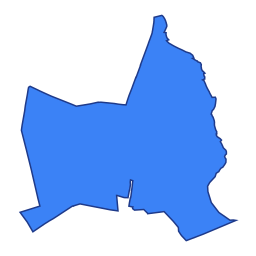 outline of Valdemārpils, Talsi, Latvia
{"feature_id": "27541924B46742916089705", "entity_name": "Valdemārpils", "entity_type": "district", "adm_level": 2, "iso_a3": "LVA", "parent_name": "Latvia", "parent_adm1": "Talsi", "projection": "equal_earth", "projection_center": [22.597, 57.372], "detail": "fine", "context": "isolated", "style": "filled", "palette": "blue", "viewbox_px": 256, "rotation_deg": 0, "n_neighbors": 0, "source": "geoboundaries", "source_scale": "gbopen_adm2", "svg_char_len": 4214}
<svg xmlns="http://www.w3.org/2000/svg" viewBox="0 0 256 256"><path d="M129.5,202.3L128.9,206.2L132.8,207.0L132.5,207.4L132.7,208.7L134.5,210.1L143.8,209.5L147.6,213.3L147.7,213.7L164.1,211.6L173.2,221.2L178.0,227.0L178.4,227.7L178.6,231.2L180.8,234.6L181.7,235.8L186.2,240.6L186.4,240.6L186.7,240.5L187.1,240.3L203.1,234.2L235.9,220.4L233.3,220.0L230.0,220.2L218.9,212.5L211.3,202.6L207.9,191.6L207.6,186.2L209.7,182.5L215.1,176.7L216.2,173.3L217.2,172.6L218.8,171.6L219.8,169.7L221.1,168.1L222.8,167.2L224.9,164.2L225.9,162.4L226.0,159.1L225.0,157.7L224.6,156.5L225.4,154.8L226.4,154.0L226.4,151.8L225.9,150.3L223.9,148.4L223.2,147.6L222.9,146.7L221.5,143.6L220.3,141.7L221.5,140.1L221.3,139.9L220.2,138.7L217.1,136.6L216.3,135.0L216.3,134.0L216.8,133.8L216.4,133.2L216.7,132.8L216.7,131.5L216.0,130.5L215.5,129.1L214.8,126.7L214.5,125.6L214.4,123.7L214.5,122.6L214.3,120.9L213.9,119.6L213.0,117.0L212.5,116.5L212.3,116.0L212.0,115.4L211.7,114.5L211.2,114.2L211.3,113.6L212.0,111.4L212.2,110.6L213.5,109.4L215.0,106.4L215.3,104.6L215.5,103.6L215.9,100.0L216.0,99.3L215.9,98.5L215.3,97.2L212.1,97.4L209.7,93.0L209.2,91.7L208.3,90.2L207.5,88.7L206.7,87.1L206.0,85.5L205.4,83.8L204.6,82.1L203.9,80.5L202.7,79.9L204.8,78.9L204.6,78.5L204.5,78.4L204.6,78.1L204.7,77.6L204.8,77.4L204.8,77.1L204.8,76.9L204.7,76.8L204.6,76.7L204.4,76.5L204.3,76.4L204.2,76.3L204.2,76.2L204.1,75.9L204.0,75.6L204.0,75.4L203.9,75.3L203.9,75.2L203.8,74.8L203.8,74.7L203.8,74.4L203.7,74.2L203.7,73.9L203.7,73.7L203.7,73.4L204.2,73.3L204.3,73.3L204.6,73.3L204.9,73.2L203.5,71.7L203.2,71.3L202.6,71.2L201.5,69.1L201.3,68.8L201.5,68.3L201.1,66.6L201.3,64.6L200.4,62.8L198.6,62.1L198.0,62.0L197.8,61.6L197.4,61.1L197.2,60.9L196.9,61.0L194.7,59.7L192.6,58.4L193.9,58.1L192.7,55.3L190.1,53.2L185.9,51.9L182.2,50.0L178.6,48.4L175.0,46.6L173.5,45.8L172.1,45.0L170.6,44.1L169.1,43.3L168.4,42.6L167.7,42.0L167.1,41.4L166.5,40.7L168.7,39.8L168.6,39.7L168.3,39.3L167.9,39.0L167.6,38.6L167.3,38.2L167.0,37.9L166.8,37.5L166.7,37.1L166.5,36.7L166.4,36.2L166.3,35.8L166.2,35.4L166.1,35.0L166.0,34.6L166.0,34.2L166.0,33.8L166.0,33.4L166.1,32.9L166.1,32.7L164.1,32.4L165.6,29.2L166.8,26.4L166.8,26.0L166.8,25.6L166.8,25.1L166.7,24.8L166.7,24.6L166.6,24.4L166.4,23.6L166.3,23.2L166.2,22.8L166.1,22.4L165.9,22.0L165.8,21.6L165.7,21.2L165.6,20.9L165.4,20.5L165.2,20.1L165.1,19.7L164.9,19.3L164.7,18.9L164.5,18.6L164.3,18.2L164.0,17.8L163.6,17.1L163.3,16.7L163.1,16.4L162.7,16.1L162.4,15.8L162.0,15.5L161.8,15.4L154.1,17.3L154.1,17.5L154.1,18.1L154.1,18.4L154.0,18.7L154.0,19.1L154.0,19.4L154.0,19.7L154.0,20.1L154.0,20.4L154.0,20.7L154.0,21.0L153.9,21.4L153.9,21.7L153.9,22.0L153.9,22.3L153.8,22.7L153.8,23.0L153.7,23.3L153.7,23.6L153.6,24.0L153.6,24.3L153.5,24.6L153.5,24.9L153.4,25.3L153.4,25.6L153.3,25.9L153.3,26.2L153.2,26.5L153.2,26.9L153.1,27.2L153.0,27.8L152.9,28.4L152.7,29.7L152.5,30.9L152.4,31.3L152.3,31.7L152.3,32.1L152.2,32.6L152.1,33.0L152.0,33.4L151.9,33.8L151.7,34.2L151.6,34.6L151.5,35.0L151.3,35.4L151.2,35.8L151.0,36.2L150.9,36.6L150.7,37.0L150.6,37.4L150.4,37.9L150.3,38.3L150.1,38.7L150.0,39.1L149.8,39.5L149.7,39.9L149.5,40.3L149.4,40.7L149.2,41.1L149.1,41.5L148.9,41.9L148.8,42.3L148.6,42.7L148.5,43.1L148.4,43.5L140.4,65.1L140.6,65.2L136.1,77.4L135.9,77.3L132.4,86.8L132.1,87.7L129.0,95.6L127.4,100.4L126.0,104.9L123.1,104.7L118.5,104.2L114.2,103.5L100.9,102.2L99.1,102.3L98.2,102.4L98.1,102.2L89.9,104.0L89.7,104.0L85.6,104.7L76.3,106.2L71.8,104.3L51.4,96.2L49.8,95.5L43.4,92.6L39.5,90.8L37.9,90.0L30.1,86.3L28.6,87.3L28.2,89.2L27.4,94.3L25.4,105.3L25.0,108.2L24.9,109.2L24.6,111.3L22.1,125.3L21.4,130.3L26.0,148.4L26.1,148.7L27.4,154.0L27.7,155.3L28.0,156.4L31.8,171.7L31.8,171.9L37.6,196.9L37.7,197.5L39.9,206.1L20.1,212.3L20.7,213.1L21.4,214.1L25.8,220.1L27.2,222.0L32.9,231.8L40.1,226.9L44.5,223.9L46.1,222.9L48.5,221.4L48.9,221.1L53.3,218.6L72.4,206.1L73.4,206.1L73.4,205.9L74.8,205.5L80.0,203.9L92.7,206.4L99.5,207.7L110.2,209.8L118.0,210.9L116.6,195.4L116.9,195.4L120.2,196.4L124.2,197.6L128.0,197.7L129.4,190.2L129.6,190.2L129.9,188.0L130.4,184.8L130.2,182.1L130.5,179.9L132.8,180.7L132.5,183.0L132.3,185.5L131.6,190.8L131.0,195.7L130.6,197.8L130.4,197.8L129.5,202.3Z" fill="#3b82f6" stroke="#1e3a8a" stroke-width="1.5"/></svg>